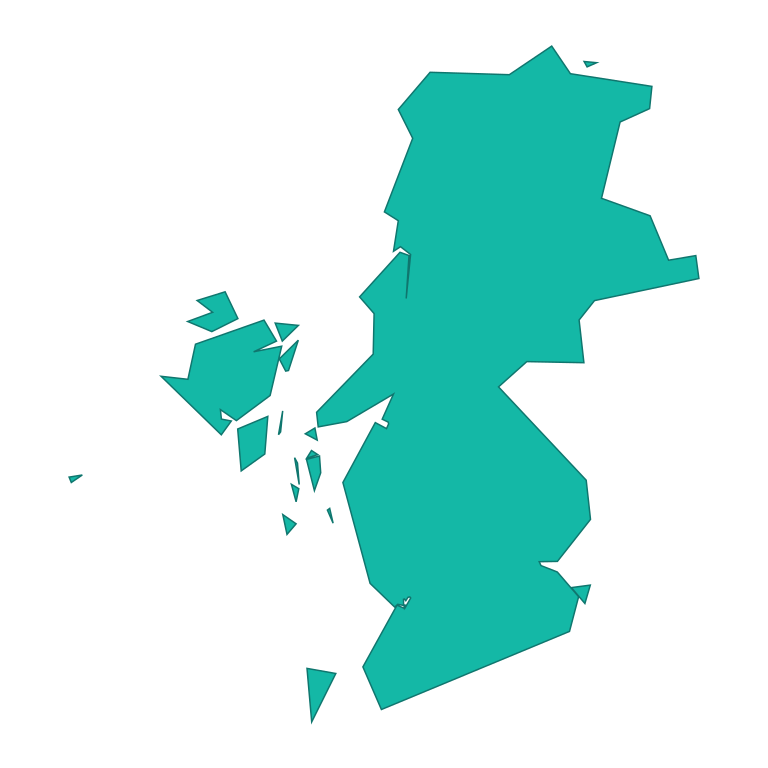 the district of Belitung, Bangka-Belitung, Indonesia
{"feature_id": "22746128B80009106787015", "entity_name": "Belitung", "entity_type": "district", "adm_level": 2, "iso_a3": "IDN", "parent_name": "Indonesia", "parent_adm1": "Bangka-Belitung", "projection": "robinson", "projection_center": [107.612, -2.94], "detail": "medium", "context": "isolated", "style": "filled", "palette": "teal", "viewbox_px": 768, "rotation_deg": 0, "n_neighbors": 0, "source": "geoboundaries", "source_scale": "gbopen_adm2", "svg_char_len": 1935}
<svg xmlns="http://www.w3.org/2000/svg" viewBox="0 0 768 768"><path d="M651.9,86.4L570.4,73.7L551.7,46.1L509.3,74.7L430.1,72.3L398.3,109.5L412.7,138.3L384.4,211.9L398.3,220.7L393.5,251.3L400.5,246.7L410.6,254.5L406.2,298.5L409.0,255.5L400.0,252.3L359.6,296.9L374.1,313.6L373.2,354.1L316.6,412.3L318.2,426.9L346.8,421.6L393.5,394.0L382.2,419.2L388.2,422.1L388.6,423.9L386.5,428.6L375.3,422.6L342.9,482.5L370.1,583.4L394.7,607.1L397.7,604.3L404.0,605.5L404.4,608.1L406.0,605.3L403.6,604.8L403.5,599.3L404.5,599.0L405.8,600.7L408.0,597.3L409.8,596.9L410.7,598.0L404.7,608.5L397.0,605.2L362.9,666.9L381.4,709.5L569.5,631.4L578.6,596.7L557.3,572.0L541.0,565.6L539.2,561.7L557.4,561.4L590.5,519.4L586.2,480.2L498.5,386.9L526.8,361.6L583.9,362.7L579.1,320.0L594.5,300.6L698.9,278.5L695.8,255.6L668.6,260.2L650.1,215.8L601.5,198.3L620.1,122.0L649.6,108.6L651.9,86.4ZM264.0,320.1L195.5,344.2L187.9,379.3L161.1,376.3L221.3,434.8L231.3,421.0L221.4,419.1L220.4,409.6L236.4,420.6L270.1,395.5L281.7,346.2L253.6,351.8L276.5,341.1L264.0,320.1ZM267.8,416.4L237.7,429.0L241.2,470.9L264.8,454.0L267.8,416.4ZM225.1,291.8L197.1,300.5L212.6,312.3L187.7,321.5L211.8,331.6L237.9,318.6L225.1,291.8ZM335.8,673.5L307.0,668.4L311.7,721.9L335.8,673.5ZM319.5,456.0L306.5,459.4L314.4,490.6L320.7,472.8L319.5,456.0ZM296.1,523.8L282.8,514.6L287.0,534.4L296.1,523.8ZM590.3,585.1L571.4,587.6L584.9,603.5L590.3,585.1ZM298.4,325.4L275.2,323.1L282.3,341.1L298.4,325.4ZM298.3,340.2L279.3,358.9L285.7,371.1L288.5,370.5L298.3,340.2ZM314.9,428.0L305.3,433.8L317.2,440.1L314.9,428.0ZM299.2,484.5L297.5,463.1L294.6,457.7L299.2,484.5ZM296.1,501.8L298.8,488.7L291.4,484.3L296.1,501.8ZM280.6,431.9L282.7,410.9L278.5,434.7L280.6,431.9ZM596.6,62.7L584.1,61.5L587.1,66.9L596.6,62.7ZM82.3,475.0L69.1,477.1L71.3,482.5L82.3,475.0ZM311.5,450.5L306.7,458.2L317.7,454.6L311.5,450.5ZM333.1,523.2L329.7,508.4L327.4,510.1L333.1,523.2Z" fill="#14b8a6" stroke="#0f766e" stroke-width="1.5"/></svg>